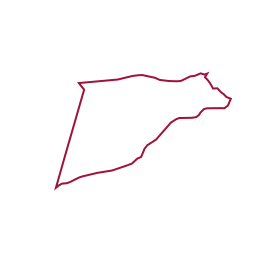 outline of Rodolfo Fernandes, Rio Grande do Norte, Brazil, rotated 217°
{"feature_id": "56859067B55531963216971", "entity_name": "Rodolfo Fernandes", "entity_type": "district", "adm_level": 2, "iso_a3": "BRA", "parent_name": "Brazil", "parent_adm1": "Rio Grande do Norte", "projection": "natural_earth1", "projection_center": [-38.107, -5.85], "detail": "fine", "context": "isolated", "style": "outline", "palette": "rose", "viewbox_px": 256, "rotation_deg": 217, "n_neighbors": 0, "source": "geoboundaries", "source_scale": "gbopen_adm2", "svg_char_len": 813}
<svg xmlns="http://www.w3.org/2000/svg" viewBox="0 0 256 256"><g transform="rotate(217 128 128)"><path d="M63.5,213.2L68.1,212.0L71.9,212.6L75.1,212.5L80.5,213.5L83.8,210.7L89.5,213.2L93.0,214.2L97.1,214.9L97.5,219.1L99.0,216.8L102.9,215.3L106.0,209.9L109.4,206.6L113.9,197.7L116.7,195.0L123.8,190.0L131.6,185.5L136.8,184.3L148.2,179.0L150.6,177.2L155.7,172.3L165.3,160.6L194.3,134.3L186.1,132.2L160.1,64.1L152.0,43.2L149.6,36.9L148.6,40.8L147.2,43.9L143.8,46.9L141.7,50.1L137.3,59.0L135.2,62.0L125.7,73.5L115.2,84.4L106.0,97.9L103.4,102.1L102.2,109.1L100.1,112.7L101.5,118.5L102.3,121.2L102.2,125.8L98.6,135.7L97.0,158.1L95.0,163.6L93.2,166.7L83.0,174.7L80.1,177.7L79.2,181.1L79.4,184.0L78.8,188.6L77.1,191.0L66.9,198.9L62.9,201.8L61.7,206.1L63.5,213.2Z" fill="none" stroke="#9f1239" stroke-width="2"/></g></svg>